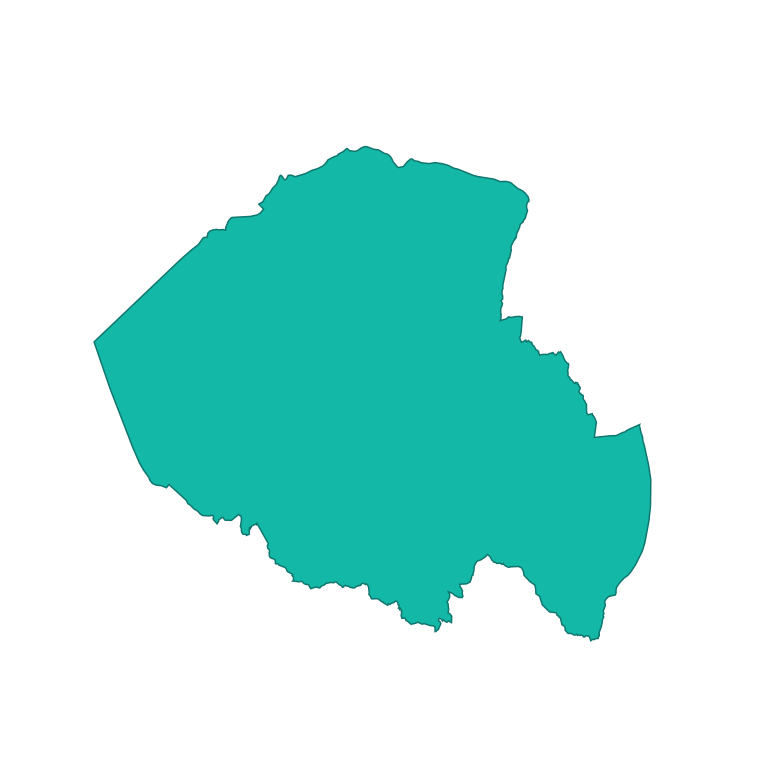 outline of Musanze, Northern, Rwanda, rotated 14°
{"feature_id": "39286606B17052688720067", "entity_name": "Musanze", "entity_type": "district", "adm_level": 2, "iso_a3": "RWA", "parent_name": "Rwanda", "parent_adm1": "Northern", "projection": "natural_earth1", "projection_center": [29.637, -1.492], "detail": "fine", "context": "isolated", "style": "filled", "palette": "teal", "viewbox_px": 768, "rotation_deg": 14, "n_neighbors": 0, "source": "geoboundaries", "source_scale": "gbopen_adm2", "svg_char_len": 6169}
<svg xmlns="http://www.w3.org/2000/svg" viewBox="0 0 768 768"><g transform="rotate(14 384 384)"><path d="M441.1,597.8L441.5,596.1L443.1,596.5L444.0,595.2L446.7,593.5L447.3,592.1L449.0,591.7L450.3,592.9L451.1,594.8L451.8,594.6L452.5,596.5L452.2,597.9L453.6,597.5L453.4,598.6L453.9,599.3L454.8,598.5L455.7,599.2L455.8,600.5L456.3,600.7L456.7,604.6L458.1,607.0L460.9,606.0L462.8,608.3L463.7,608.2L468.4,610.6L473.1,608.1L474.3,606.9L478.9,607.8L481.6,606.6L482.0,606.9L487.7,607.2L490.1,606.7L492.2,607.3L493.5,611.9L494.1,611.7L496.1,608.9L497.1,602.9L496.1,601.3L494.2,600.5L494.0,598.2L494.9,597.9L496.6,598.3L498.0,599.8L498.9,598.4L499.7,599.1L502.2,599.9L502.9,599.8L503.8,598.3L507.2,599.2L505.9,593.0L503.5,591.0L501.5,590.6L501.3,587.3L499.2,581.5L497.9,580.7L499.2,575.6L499.1,574.2L498.4,572.0L496.8,570.1L500.8,570.5L504.0,572.0L508.5,573.0L511.5,572.3L511.9,570.9L510.4,568.0L510.2,565.6L506.5,561.5L505.8,560.0L512.3,558.0L515.3,555.5L515.8,551.9L515.6,548.9L516.7,547.6L516.2,546.3L516.5,544.2L515.6,538.8L516.8,534.2L517.2,533.4L520.5,531.2L524.3,527.0L525.5,524.5L528.5,525.7L531.1,528.6L533.9,530.3L535.6,530.2L536.7,530.8L540.4,529.8L542.0,530.5L543.1,529.2L543.5,530.0L546.4,531.3L549.3,531.7L551.8,530.5L558.8,528.5L562.1,529.2L564.4,531.8L566.2,535.8L573.4,540.4L578.9,542.5L580.7,546.0L582.2,550.8L585.0,551.7L586.7,552.9L591.0,559.9L599.7,565.1L606.7,564.3L607.9,566.5L609.6,567.0L610.4,568.0L611.2,567.8L611.9,568.6L614.9,574.5L617.9,575.5L618.9,577.2L619.3,579.1L623.0,581.5L626.1,580.7L629.2,581.6L630.7,581.1L631.5,580.2L632.6,581.2L633.5,580.3L635.2,580.5L636.1,579.9L638.0,580.2L638.6,581.1L639.3,581.1L640.3,580.4L640.5,579.5L643.6,579.1L644.9,580.1L646.7,583.1L648.3,581.3L649.9,581.1L650.9,579.9L653.4,579.0L653.2,576.9L653.8,576.3L652.9,573.0L653.5,567.4L653.4,562.3L652.9,559.8L653.6,557.0L652.6,555.3L652.9,553.2L651.7,551.9L652.3,545.2L650.7,541.5L651.5,539.0L653.4,535.8L659.4,532.8L659.7,530.7L658.9,527.4L658.9,524.6L661.3,518.7L663.8,514.4L666.9,510.7L668.9,506.7L671.8,498.5L675.0,484.0L675.5,475.1L674.2,453.1L672.0,437.5L666.1,412.6L660.4,398.8L651.5,380.8L648.9,376.4L647.7,372.9L645.2,369.1L641.8,362.4L641.9,361.5L633.0,368.4L630.2,371.0L629.8,372.0L627.5,373.2L621.8,377.9L615.2,379.8L601.0,385.0L599.3,369.7L597.3,366.8L594.7,364.1L594.1,364.1L593.2,362.4L589.6,364.5L587.6,363.1L585.3,354.5L584.6,354.3L583.2,352.3L580.9,350.5L580.1,347.0L577.4,346.3L577.2,345.6L576.4,345.8L575.5,344.9L574.8,343.0L575.4,341.6L575.3,340.2L574.3,339.1L573.2,338.7L572.9,337.5L571.8,337.5L571.8,336.2L569.5,336.0L569.3,336.9L568.6,337.4L564.7,334.5L563.8,334.8L562.9,333.0L560.5,331.5L559.7,328.0L559.0,327.3L558.6,320.8L557.7,319.5L556.5,319.3L554.5,318.0L552.1,315.4L551.0,313.5L547.5,310.0L546.6,311.1L545.7,310.7L544.0,314.3L540.9,313.5L540.7,312.8L540.1,312.7L539.2,313.2L539.0,313.8L537.1,314.3L536.3,315.5L530.4,317.0L528.2,318.4L525.7,315.1L525.9,314.8L523.0,313.8L520.4,311.0L518.6,310.2L517.1,307.8L516.3,308.2L513.6,306.9L512.2,308.6L511.0,307.1L507.7,310.2L506.1,308.9L504.5,306.4L504.8,303.9L504.2,298.5L502.0,285.5L498.9,285.7L495.5,286.7L491.2,288.7L488.5,288.7L487.8,290.2L486.2,291.7L481.4,294.3L481.6,292.2L480.7,287.8L480.0,286.6L479.0,282.2L479.6,279.3L479.5,277.3L477.3,274.7L478.6,272.9L477.8,269.8L476.7,268.3L475.9,264.3L476.3,262.8L475.4,259.4L474.8,243.5L473.8,240.5L474.7,235.5L474.7,231.8L475.3,231.5L475.1,222.8L474.3,221.8L474.1,218.9L475.3,213.2L476.2,212.2L475.7,211.0L476.9,210.1L476.4,206.1L477.6,199.6L477.6,196.1L479.8,193.0L479.8,191.5L480.9,189.2L481.3,181.0L479.8,178.7L479.0,175.5L479.4,172.7L480.4,171.7L479.9,169.8L478.7,167.8L476.0,165.4L471.8,163.1L466.4,161.9L458.1,157.9L453.3,157.9L447.8,159.5L441.1,158.6L425.3,160.0L420.6,160.0L403.8,157.7L399.2,157.7L393.7,156.4L388.0,156.1L380.1,156.8L374.6,159.2L366.6,160.3L363.2,159.7L360.0,160.1L356.5,158.9L355.4,159.3L353.0,162.5L350.1,168.4L345.8,170.4L344.7,170.3L338.9,166.0L336.8,163.2L334.2,161.1L331.7,160.2L328.5,160.1L321.9,158.2L317.1,158.7L310.3,157.9L307.9,158.3L305.0,160.3L301.7,164.1L299.6,165.3L293.9,166.0L291.9,164.7L290.8,164.6L288.1,168.5L284.3,171.8L283.2,174.0L280.9,175.3L275.5,180.0L273.5,185.0L272.0,187.1L267.6,191.0L262.4,194.1L257.1,198.7L247.8,204.3L243.3,203.8L240.6,204.7L239.8,208.5L239.0,209.6L237.9,209.8L234.1,206.6L233.0,206.6L232.2,208.8L232.5,210.2L231.2,216.6L228.6,220.9L226.6,227.0L224.0,230.0L222.4,236.4L219.0,239.8L224.9,243.4L222.5,248.2L220.1,250.6L213.9,253.7L196.2,259.2L195.2,260.2L193.6,263.5L192.6,270.2L193.2,272.9L191.1,272.9L186.3,274.5L184.1,274.5L180.8,275.9L177.9,277.9L176.7,280.1L176.7,284.5L173.7,285.5L173.0,286.4L170.3,293.4L164.9,300.3L156.9,311.8L92.5,413.3L119.3,454.7L155.2,505.8L165.8,519.7L171.3,525.5L178.9,532.0L179.7,533.7L183.4,536.6L187.6,537.2L192.6,536.5L198.0,537.3L199.7,533.6L220.5,544.8L222.6,547.6L224.7,548.1L229.9,551.2L234.2,552.5L237.0,554.5L239.8,555.5L246.3,554.3L249.4,552.8L250.6,553.9L251.1,555.6L250.8,556.2L251.4,557.0L255.8,560.0L256.8,556.7L256.5,555.7L259.2,552.8L259.9,552.4L262.8,554.6L269.0,553.2L274.6,545.6L275.6,546.4L276.4,546.3L277.9,548.0L278.7,551.4L279.1,556.9L280.2,558.0L281.7,562.2L283.4,563.8L286.7,563.4L287.2,564.2L289.5,562.5L288.2,556.2L288.6,555.5L289.3,556.6L290.2,553.6L292.9,551.2L294.4,551.5L294.5,550.0L310.5,567.0L309.9,568.8L310.0,569.4L311.1,571.7L312.7,572.5L313.4,573.6L313.4,575.6L314.6,579.1L316.2,580.1L320.5,580.6L322.0,583.6L321.9,584.3L322.5,584.7L324.9,584.1L325.8,585.1L332.3,586.0L334.0,587.1L335.6,589.3L341.6,590.9L341.1,592.1L343.0,593.5L343.4,595.9L343.9,596.6L343.3,597.2L349.1,596.5L352.2,595.4L354.8,597.1L357.2,597.3L358.9,596.8L362.4,600.3L367.4,597.3L369.7,597.6L371.2,597.2L372.3,595.1L375.1,593.0L375.8,591.6L380.7,589.3L383.2,589.1L384.3,587.9L385.8,587.7L388.8,589.4L391.7,590.2L392.8,591.3L393.9,590.7L393.9,589.9L395.3,588.7L395.9,589.1L398.6,588.8L400.1,589.5L403.5,589.4L404.8,588.9L406.4,586.8L408.2,586.1L408.4,585.4L409.2,585.5L410.1,584.9L410.3,583.8L411.1,582.7L412.8,582.5L414.6,583.0L415.1,582.2L416.8,583.1L418.1,584.7L420.1,589.9L420.2,591.8L422.1,593.2L423.9,595.5L429.9,593.8L434.7,595.9L435.9,595.8L436.5,596.5L441.1,597.8Z" fill="#14b8a6" stroke="#0f766e" stroke-width="1.5"/></g></svg>